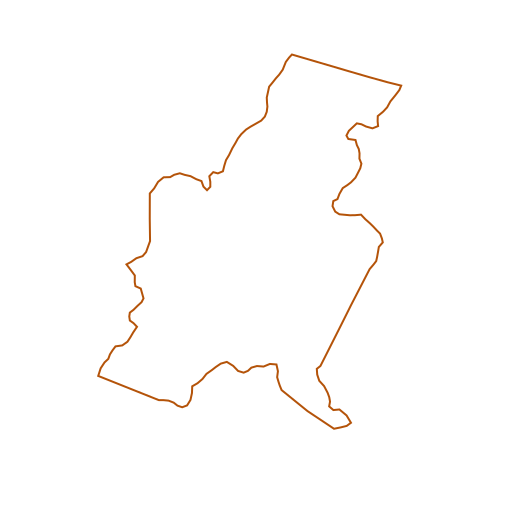 outline of Tubarão, Santa Catarina, Brazil, rotated 256°
{"feature_id": "56859067B23509848673749", "entity_name": "Tubarão", "entity_type": "district", "adm_level": 2, "iso_a3": "BRA", "parent_name": "Brazil", "parent_adm1": "Santa Catarina", "projection": "robinson", "projection_center": [-49.037, -28.479], "detail": "fine", "context": "isolated", "style": "outline", "palette": "amber", "viewbox_px": 512, "rotation_deg": 256, "n_neighbors": 0, "source": "geoboundaries", "source_scale": "gbopen_adm2", "svg_char_len": 2345}
<svg xmlns="http://www.w3.org/2000/svg" viewBox="0 0 512 512"><g transform="rotate(256 256 256)"><path d="M342.4,168.1L317.8,161.9L296.1,156.8L286.4,150.3L283.3,145.9L282.8,139.4L280.5,133.5L279.2,128.3L273.4,130.8L266.4,133.7L259.9,132.0L255.9,131.7L252.3,136.3L242.1,136.6L238.9,133.8L236.2,128.8L233.4,124.1L231.6,119.9L228.0,118.4L223.9,118.0L220.5,120.9L216.1,123.4L211.5,118.3L207.5,114.4L203.9,110.5L201.6,104.6L202.3,97.8L199.2,94.0L195.9,90.5L191.9,87.8L189.4,83.3L184.6,78.1L177.8,73.9L139.7,126.8L138.5,131.4L136.8,136.2L133.6,140.7L129.8,143.6L127.1,147.8L127.7,153.0L132.2,157.6L138.5,160.7L145.0,162.6L146.7,168.5L149.6,174.3L153.6,179.4L156.0,185.6L158.0,190.1L160.1,195.8L160.3,202.1L154.9,207.3L148.8,210.8L145.8,215.8L146.5,220.4L148.8,224.5L149.0,230.3L146.9,236.6L147.9,243.4L145.8,249.6L138.9,249.4L133.3,247.2L128.4,247.4L124.6,247.7L119.7,248.4L93.0,268.5L69.5,289.9L69.2,296.8L69.2,302.9L71.2,307.8L79.4,305.3L86.9,299.8L87.8,293.8L92.4,290.6L96.8,292.6L101.3,292.9L106.0,292.4L113.3,290.6L119.6,287.2L126.1,286.7L131.8,287.7L133.7,291.9L145.5,302.1L167.3,320.9L181.9,333.4L185.2,336.2L215.8,363.1L219.3,368.0L222.0,371.4L225.6,373.2L229.6,375.0L235.1,377.4L238.5,382.3L242.6,382.4L247.7,381.8L251.3,379.6L256.2,376.9L260.1,374.5L265.2,371.0L270.7,367.9L271.7,361.6L272.9,356.7L276.3,347.0L279.9,343.6L285.8,342.3L290.6,344.3L291.5,348.8L296.1,352.0L300.9,356.6L302.7,361.8L304.5,366.0L307.9,371.4L311.4,374.5L315.9,378.4L320.1,380.6L325.4,379.9L330.6,381.3L335.0,381.6L339.2,380.7L344.5,380.6L347.2,373.9L351.0,372.9L355.0,376.4L357.6,381.1L360.3,385.9L358.3,390.2L355.0,394.1L351.7,399.9L352.5,405.9L357.3,406.6L362.3,408.0L365.3,414.3L368.5,419.2L373.5,423.8L378.3,430.2L382.3,435.2L386.2,438.1L392.7,425.8L402.1,409.2L412.8,390.8L442.8,339.6L440.5,336.1L437.1,331.9L430.3,327.0L426.3,322.3L423.6,318.3L420.2,313.9L417.1,309.7L412.0,307.2L407.2,304.8L402.2,303.8L398.2,303.2L393.3,301.3L389.1,298.3L386.1,293.8L384.1,286.7L382.8,282.0L381.1,277.0L377.8,271.2L374.4,266.9L370.4,263.2L366.4,259.2L360.5,254.3L356.3,250.1L351.3,247.1L346.2,244.4L345.4,239.0L347.7,234.8L344.7,230.0L339.0,229.6L334.2,228.4L331.7,224.4L336.0,221.8L341.9,221.2L345.0,216.6L349.3,211.8L352.0,206.4L354.7,202.1L354.6,196.3L353.3,191.8L354.7,185.4L351.6,178.9L346.2,173.5L342.4,168.1Z" fill="none" stroke="#b45309" stroke-width="2"/></g></svg>